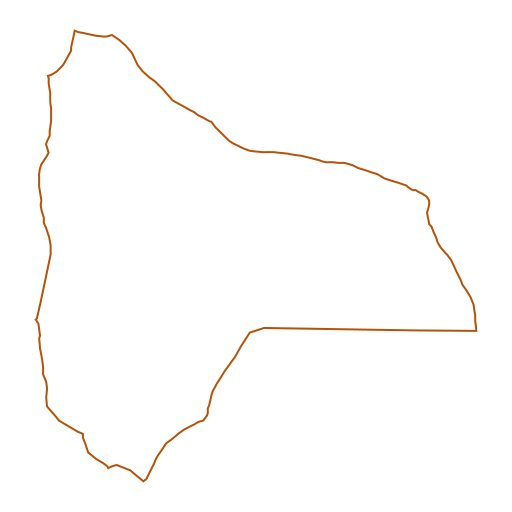 Idanre, Ondo, Nigeria
{"feature_id": "59680162B2298430697284", "entity_name": "Idanre", "entity_type": "district", "adm_level": 2, "iso_a3": "NGA", "parent_name": "Nigeria", "parent_adm1": "Ondo", "projection": "mercator", "projection_center": [5.189, 6.977], "detail": "fine", "context": "isolated", "style": "outline", "palette": "amber", "viewbox_px": 512, "rotation_deg": 0, "n_neighbors": 0, "source": "geoboundaries", "source_scale": "gbopen_adm2", "svg_char_len": 2663}
<svg xmlns="http://www.w3.org/2000/svg" viewBox="0 0 512 512"><path d="M35.7,319.6L38.4,323.6L39.2,329.6L40.0,335.6L39.2,338.6L39.7,344.4L40.0,348.3L41.6,356.5L42.3,360.9L43.1,366.9L43.1,374.4L46.2,381.8L46.9,387.0L47.0,390.0L46.9,390.3L46.2,397.5L47.0,406.4L56.0,416.8L59.0,420.6L77.7,431.7L82.9,433.9L82.9,437.6L85.2,443.5L86.7,448.0L88.2,452.5L96.1,458.9L99.8,461.2L103.6,463.4L107.3,466.3L108.3,468.2L111.4,466.5L116.6,465.0L130.0,470.2L133.4,473.0L135.2,474.6L143.5,481.3L146.4,479.0L150.8,470.0L153.8,464.1L156.0,458.8L158.2,455.1L161.9,449.8L166.3,443.1L170.8,440.1L178.9,433.3L184.1,429.6L190.0,426.5L194.5,424.3L198.2,422.0L203.4,420.5L207.1,415.3L207.8,413.0L207.8,408.5L209.3,404.8L210.0,401.8L210.7,398.8L211.4,395.2L212.9,390.7L215.1,387.0L216.6,384.0L218.1,381.7L221.0,377.1L224.7,371.1L226.9,368.1L235.0,356.9L235.9,355.4L240.9,346.4L249.8,332.6L263.9,328.0L395.7,330.1L414.3,330.4L476.3,330.9L476.0,326.4L475.2,321.2L475.2,318.8L475.2,315.2L474.4,310.8L473.6,304.8L470.6,297.3L466.1,289.9L462.4,284.7L460.8,280.2L456.3,271.3L453.3,264.6L451.1,260.1L447.3,254.9L445.8,253.4L440.6,247.5L437.6,242.3L436.0,237.1L433.8,232.6L431.5,226.6L429.3,224.4L427.0,212.5L428.4,208.0L429.2,204.3L429.1,200.5L426.9,196.8L422.4,193.8L417.9,191.6L415.7,190.1L413.5,190.2L411.2,189.4L408.2,187.2L406.2,185.4L402.3,184.2L398.5,182.8L393.3,181.3L384.4,178.4L376.9,173.9L371.7,172.5L365.7,170.3L358.3,168.1L352.3,165.1L347.1,163.6L344.1,162.9L341.9,162.9L338.3,162.9L332.9,162.2L329.2,162.2L326.2,162.3L322.5,161.5L318.8,160.1L312.8,158.6L306.9,157.1L300.9,155.7L294.9,155.0L286.8,153.5L279.3,152.8L273.3,152.1L270.4,152.1L262.9,152.2L259.4,151.8L255.5,151.5L249.5,150.7L243.6,148.5L237.6,145.6L233.1,143.4L229.4,141.1L224.9,136.7L220.4,132.2L215.2,127.0L211.4,121.8L209.2,121.1L204.7,118.6L204.0,118.1L198.0,115.2L194.2,112.2L189.8,110.0L184.5,107.0L181.3,105.2L177.8,103.3L172.6,100.4L167.4,94.4L162.9,89.2L159.1,85.5L154.6,81.1L149.4,77.4L146.7,75.0L142.7,71.4L140.4,68.5L137.4,64.7L132.1,53.1L125.9,45.9L119.7,40.3L112.0,35.0L106.8,36.5L103.0,36.5L96.3,35.8L89.6,34.4L85.9,33.6L82.9,32.9L78.5,32.2L74.7,30.7L73.3,37.5L71.8,44.2L71.1,47.5L71.1,50.7L68.9,54.7L66.0,59.9L63.0,65.1L57.1,71.2L54.9,72.7L51.2,74.9L47.9,75.9L48.7,78.3L48.7,83.6L50.2,92.9L50.2,97.0L50.3,103.0L51.1,108.2L51.1,112.7L51.1,120.9L50.3,127.1L49.7,130.6L49.7,135.8L47.5,140.3L46.0,144.1L48.6,152.6L47.1,155.6L44.2,160.1L41.2,164.6L39.8,169.1L39.1,174.3L39.1,177.4L39.1,181.0L39.1,183.4L39.1,186.3L39.9,191.5L41.4,200.4L40.7,204.9L41.5,210.2L43.8,217.6L43.8,222.8L46.1,228.0L49.1,237.0L50.6,245.2L50.7,254.2L40.5,302.7L36.9,318.4L35.7,319.6Z" fill="none" stroke="#b45309" stroke-width="2"/></svg>